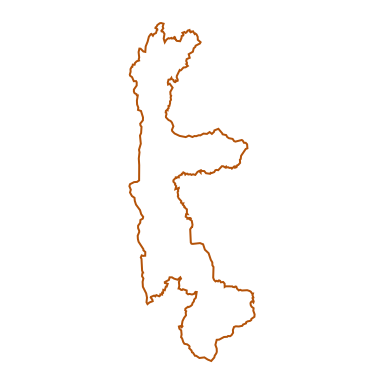 Pyinoolwin, Mandalay, Myanmar (Robinson projection)
{"feature_id": "60261553B76986100212845", "entity_name": "Pyinoolwin", "entity_type": "district", "adm_level": 2, "iso_a3": "MMR", "parent_name": "Myanmar", "parent_adm1": "Mandalay", "projection": "robinson", "projection_center": [96.329, 22.676], "detail": "fine", "context": "isolated", "style": "outline", "palette": "amber", "viewbox_px": 384, "rotation_deg": 0, "n_neighbors": 0, "source": "geoboundaries", "source_scale": "gbopen_adm2", "svg_char_len": 5998}
<svg xmlns="http://www.w3.org/2000/svg" viewBox="0 0 384 384"><path d="M253.4,302.4L253.7,301.5L252.5,298.1L253.4,297.6L252.5,295.2L253.0,293.5L252.0,293.5L250.8,291.7L249.6,291.0L247.2,290.2L241.9,290.5L240.1,289.8L238.8,290.4L237.0,288.6L236.3,286.7L235.3,286.5L234.6,287.2L233.0,287.0L232.3,286.4L225.6,286.3L224.7,286.9L224.6,283.6L223.2,282.0L220.8,282.3L220.0,280.8L219.0,280.4L218.0,281.4L216.8,280.8L215.5,281.4L214.0,279.8L213.2,277.7L213.5,267.0L212.4,265.3L212.3,262.4L210.8,259.8L208.6,253.2L204.9,249.7L203.1,244.3L200.0,243.1L192.7,243.9L191.5,243.7L190.8,242.5L190.2,229.3L191.7,227.0L192.1,227.0L192.5,224.8L191.8,220.9L190.0,219.2L190.8,218.6L190.5,218.1L189.4,218.0L189.3,219.1L188.2,218.4L187.4,218.7L187.3,217.8L185.7,216.7L186.1,214.2L187.6,214.2L186.9,213.2L186.9,209.3L185.4,208.2L185.0,207.3L184.3,207.2L184.1,205.9L183.0,205.0L183.2,203.7L182.5,204.1L181.9,203.0L181.0,202.6L181.3,201.2L178.6,198.2L177.8,196.1L178.2,195.5L177.6,192.1L178.2,191.1L177.8,189.1L178.8,188.5L178.8,187.9L175.4,189.2L176.2,186.1L175.0,184.6L175.2,183.6L173.4,181.7L173.4,180.3L175.1,178.4L176.2,178.1L176.0,177.3L178.6,177.3L178.3,176.7L179.2,175.7L181.8,174.6L181.8,173.7L182.7,173.5L183.3,172.4L184.8,173.2L185.3,174.6L186.2,173.8L187.5,173.7L188.2,174.5L190.5,174.2L191.4,174.9L193.1,174.3L195.3,174.9L197.5,171.9L199.1,171.0L200.6,172.6L200.6,170.4L201.0,170.2L201.6,170.9L204.3,171.1L206.0,173.2L210.1,173.8L210.6,172.8L211.5,173.1L214.2,172.1L215.4,170.2L216.6,169.9L218.2,170.2L221.9,166.2L223.3,166.3L225.1,167.4L226.0,166.7L226.2,167.6L228.0,167.2L229.3,167.9L231.2,167.8L231.9,168.6L234.3,166.4L235.4,166.4L235.3,167.6L236.5,167.2L237.2,165.3L238.2,165.0L240.1,162.9L239.9,159.7L240.7,159.0L241.1,155.8L245.7,149.0L247.4,148.3L247.1,144.3L245.7,142.8L244.0,142.8L242.7,140.6L241.8,140.0L235.4,141.6L234.1,141.1L232.6,138.9L228.9,138.2L227.2,137.0L226.2,135.1L222.6,134.3L222.2,133.3L218.4,128.8L214.4,130.4L214.0,131.9L211.9,133.9L209.6,132.1L207.0,133.9L203.5,133.6L200.3,135.4L198.9,135.2L196.1,136.2L194.6,136.0L192.4,137.0L188.9,135.6L185.8,137.1L179.6,135.9L174.6,133.5L172.3,131.2L171.9,129.9L173.4,126.3L171.9,122.5L170.6,121.0L168.5,120.0L166.0,117.4L165.9,116.3L166.5,114.1L166.2,112.7L165.7,112.5L165.9,110.9L166.9,110.0L167.6,110.3L167.8,108.8L168.6,108.2L168.5,106.0L169.4,105.9L170.1,103.0L170.0,101.4L171.0,99.8L170.6,97.1L171.2,95.8L170.5,94.8L170.3,91.9L172.6,87.7L169.7,83.7L168.1,84.5L167.8,82.5L168.5,79.7L170.4,79.4L171.4,77.9L171.7,79.0L173.5,80.0L173.8,81.4L174.9,82.1L175.3,82.1L175.9,80.7L176.4,81.2L177.7,80.7L177.7,79.6L176.7,77.4L176.8,76.0L179.6,70.2L180.0,70.6L181.0,70.2L183.5,67.5L185.6,67.3L187.8,65.9L186.3,64.2L186.8,64.0L187.0,62.9L186.2,61.0L186.7,59.1L189.7,57.8L188.7,54.2L192.9,51.7L193.7,48.3L195.3,46.9L195.6,45.7L199.9,43.5L200.6,42.2L197.8,39.8L197.7,36.8L196.5,34.4L195.3,33.5L194.7,34.0L193.0,31.3L190.9,32.2L190.7,31.4L189.8,31.5L189.5,30.0L187.7,30.6L186.4,32.5L185.4,32.9L184.5,32.0L182.4,32.8L183.5,34.7L183.2,35.5L181.7,36.0L181.5,38.0L180.1,41.2L176.9,40.9L176.0,40.1L176.0,39.5L174.9,38.9L175.1,37.4L174.4,37.0L173.2,38.4L171.8,38.5L171.5,37.9L169.5,38.5L168.4,38.2L166.3,39.8L164.8,42.3L163.7,38.7L164.5,33.9L163.0,31.6L161.6,31.4L161.4,30.8L163.3,28.3L162.7,26.7L163.6,23.7L161.0,23.0L159.7,23.3L157.3,25.1L156.7,26.5L155.6,27.4L155.4,28.0L157.2,29.0L157.4,29.8L156.8,30.3L156.0,33.0L153.7,34.2L152.9,35.7L151.4,33.9L150.7,34.2L148.9,36.7L147.6,41.7L145.7,46.4L145.3,51.9L143.4,51.5L140.6,48.7L139.4,48.6L138.6,52.1L139.2,57.5L138.7,59.3L139.1,60.5L136.7,61.3L135.0,63.0L134.6,64.7L132.8,64.6L132.3,66.9L131.7,66.9L130.5,69.1L130.6,71.8L129.8,74.5L130.0,75.6L132.1,77.2L133.8,81.2L136.0,81.1L136.7,82.2L136.7,85.5L133.9,89.5L133.9,91.7L134.6,93.2L136.5,94.2L136.8,95.3L137.8,95.4L136.9,100.6L137.1,104.5L138.3,107.6L138.0,109.9L141.0,111.0L143.0,117.4L142.9,120.3L140.2,123.7L140.5,125.5L141.5,126.8L141.1,133.1L140.0,135.6L140.8,143.7L139.0,149.8L139.5,152.3L138.8,158.5L139.2,165.1L139.1,180.4L137.1,181.9L134.1,182.1L130.0,184.2L129.4,186.2L130.8,189.7L130.0,192.5L131.9,196.0L134.5,197.8L134.8,200.9L136.0,204.6L140.0,210.1L141.2,214.2L143.2,216.9L142.8,218.6L140.4,220.0L140.2,222.8L138.1,225.7L138.1,228.1L139.2,230.8L139.2,232.1L137.7,235.7L137.9,239.1L138.6,241.8L143.4,249.2L143.4,250.3L145.3,252.0L145.2,255.7L143.1,255.9L141.7,255.4L140.8,257.5L141.5,258.9L142.1,270.7L143.1,272.7L142.5,273.0L142.1,275.1L142.1,276.3L143.4,278.4L142.6,281.8L142.9,286.8L146.2,293.4L147.0,297.7L146.5,302.2L147.5,304.1L149.4,302.5L152.7,301.2L152.4,299.8L150.7,297.4L150.9,296.9L154.1,295.6L155.3,296.4L156.3,295.1L159.2,296.3L160.1,295.6L160.4,294.3L162.1,294.6L162.1,292.7L163.1,292.8L163.3,289.8L164.8,290.2L165.8,286.6L166.7,286.6L167.7,283.8L164.9,283.0L164.8,282.1L168.9,279.9L169.6,277.3L171.9,277.3L174.2,278.7L177.6,279.7L180.3,277.3L181.0,278.7L179.9,279.7L178.9,282.0L179.3,286.0L178.6,288.5L179.5,288.6L181.0,289.8L182.0,290.0L182.9,289.2L186.7,290.5L186.6,293.1L188.1,294.3L189.4,293.9L192.0,294.5L195.4,293.4L194.9,292.6L195.5,291.9L196.7,292.0L195.8,297.8L194.2,299.5L193.8,301.5L192.4,303.3L192.1,304.8L190.5,306.2L188.6,307.1L188.0,306.8L185.4,308.7L185.2,310.3L186.2,311.2L185.7,312.7L186.0,315.3L184.1,317.8L182.5,321.1L181.8,325.3L182.5,326.2L181.7,327.3L180.3,326.1L178.9,326.5L179.4,328.7L181.2,330.4L181.6,334.5L181.1,337.2L182.1,338.4L183.3,342.1L184.4,343.8L187.3,344.4L189.2,345.9L189.6,346.6L189.2,348.2L191.5,350.5L192.0,352.3L193.0,352.7L195.0,355.8L196.2,355.8L199.4,358.0L204.4,357.4L207.6,359.5L211.2,361.0L214.3,357.5L214.7,355.7L216.3,353.3L216.8,351.8L216.7,348.5L215.4,344.9L216.7,339.8L219.2,339.6L224.0,337.0L227.2,336.8L228.1,336.0L230.1,336.2L231.5,335.2L233.1,332.7L232.9,330.0L234.0,327.0L235.8,326.3L238.8,326.5L242.3,325.8L243.1,324.5L246.0,323.4L246.1,322.3L247.5,321.4L250.0,320.9L251.2,320.1L251.4,318.9L254.4,316.8L254.6,314.3L253.3,310.7L253.6,308.2L251.6,306.7L250.8,305.3L250.5,303.6L250.7,302.5L251.7,301.4L252.5,301.4L253.4,302.4Z" fill="none" stroke="#b45309" stroke-width="2"/></svg>